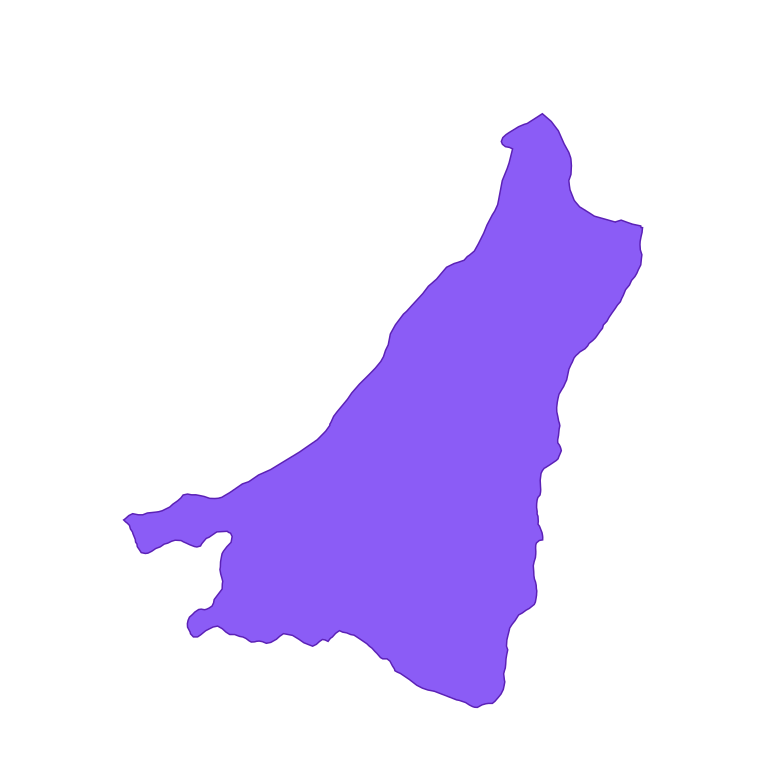 the district of Al Wasta, Bani Suwayf, Egypt, rotated 12°
{"feature_id": "37247803B53497462847633", "entity_name": "Al Wasta", "entity_type": "district", "adm_level": 2, "iso_a3": "EGY", "parent_name": "Egypt", "parent_adm1": "Bani Suwayf", "projection": "orthographic", "projection_center": [31.157, 29.324], "detail": "fine", "context": "isolated", "style": "filled", "palette": "violet", "viewbox_px": 768, "rotation_deg": 12, "n_neighbors": 0, "source": "geoboundaries", "source_scale": "gbopen_adm2", "svg_char_len": 5615}
<svg xmlns="http://www.w3.org/2000/svg" viewBox="0 0 768 768"><g transform="rotate(12 384 384)"><path d="M602.3,176.0L593.1,176.0L593.1,175.9L588.9,175.4L581.9,174.4L576.5,177.4L576.5,177.5L564.3,176.7L556.4,176.2L555.1,176.1L554.9,176.1L550.2,174.3L540.1,170.6L538.6,170.1L533.0,165.8L531.7,164.6L525.6,155.4L524.1,151.4L522.5,146.6L523.3,140.1L522.1,132.6L522.0,131.7L520.1,125.2L519.5,123.8L516.6,119.0L515.9,118.2L510.2,111.6L501.9,100.1L493.0,92.4L482.7,86.7L469.9,99.4L468.8,100.0L467.1,100.9L462.1,104.4L453.9,112.2L451.5,114.7L449.0,118.2L448.3,122.4L450.0,124.9L453.4,126.6L457.6,126.5L460.9,127.3L460.4,141.7L459.7,147.6L457.4,160.4L457.5,165.5L457.8,178.2L457.9,184.9L456.4,191.7L454.8,196.0L451.7,207.1L450.2,215.6L449.2,219.4L447.1,227.5L444.7,235.2L440.7,240.3L439.0,242.0L436.6,246.3L430.8,249.8L427.5,251.6L420.9,256.8L416.8,264.4L413.6,270.5L407.1,279.1L403.1,287.6L395.0,301.3L391.0,308.2L388.5,311.6L382.9,323.6L380.3,332.0L379.8,333.8L380.0,344.8L378.5,350.7L377.8,357.5L377.3,359.0L376.2,362.6L372.2,370.3L367.3,378.1L360.0,389.2L357.8,393.2L354.3,399.5L351.7,405.9L351.1,407.2L343.9,420.9L341.5,426.0L340.0,432.8L339.4,434.5L339.6,435.8L336.8,442.2L330.3,452.4L319.7,463.6L315.6,468.0L300.0,482.7L290.9,491.3L280.2,499.1L276.7,502.8L272.0,507.7L266.2,511.2L262.9,514.7L255.6,522.4L251.1,526.5L249.0,528.5L245.7,530.2L242.3,531.2L237.3,532.1L231.5,531.4L227.3,531.4L223.1,531.5L218.9,532.4L214.7,532.5L210.6,534.3L209.0,537.7L206.5,541.1L202.4,545.5L200.0,548.9L196.7,551.5L193.4,554.1L190.1,555.8L187.6,556.7L179.3,559.4L175.2,562.1L171.0,563.0L165.1,563.1L161.8,565.7L158.6,570.0L157.6,571.1L160.1,572.7L161.8,573.5L164.4,575.2L166.1,578.5L168.7,581.0L169.6,582.7L171.3,585.2L173.0,587.7L173.9,590.3L175.6,591.9L176.5,594.4L179.1,596.9L180.8,598.6L181.6,599.4L183.3,599.4L185.8,599.4L188.3,598.5L191.6,595.9L194.9,592.4L199.0,589.8L202.3,586.3L205.6,584.6L208.9,582.0L212.2,580.2L218.1,579.3L220.6,580.1L224.0,580.8L227.3,581.6L232.4,582.4L234.9,582.3L238.2,580.6L239.0,578.0L242.2,572.0L244.7,570.3L246.3,568.6L249.6,565.1L251.3,563.4L254.6,562.5L257.9,561.6L261.2,560.7L262.9,561.5L264.9,561.8L267.2,564.8L267.2,566.5L267.3,569.0L267.3,570.7L265.7,573.3L264.1,575.9L262.5,579.3L261.7,581.0L260.9,583.6L260.9,586.1L261.0,589.5L261.1,592.0L262.0,597.1L262.1,599.6L263.8,603.8L264.7,605.5L265.6,607.2L267.3,610.6L267.4,613.1L268.3,618.2L266.7,621.6L264.3,626.7L262.7,630.1L262.8,633.5L262.0,636.9L259.5,639.5L257.1,641.3L255.4,642.1L252.9,642.2L252.1,642.2L249.6,643.1L246.3,646.5L244.7,649.1L242.2,652.5L241.5,655.9L241.5,657.2L241.5,659.3L242.4,662.7L245.9,666.9L246.7,668.6L250.1,671.0L254.3,670.1L256.8,667.5L260.9,662.4L264.1,659.8L267.4,657.2L271.6,655.4L276.7,657.0L280.9,659.5L285.1,661.1L286.6,660.8L290.1,660.1L291.9,660.4L295.2,660.9L298.5,660.8L301.9,661.6L305.3,663.2L307.8,664.0L311.1,663.1L312.8,662.2L315.3,661.4L318.6,661.3L322.8,662.1L327.0,660.3L331.9,656.0L334.4,652.5L337.6,649.1L341.0,649.0L346.8,648.9L353.6,651.3L359.5,653.8L361.5,654.1L363.7,654.5L368.7,655.3L372.0,652.7L374.5,649.2L376.9,646.7L379.5,646.6L382.8,647.4L384.4,644.0L385.2,643.1L386.1,642.2L388.5,638.0L390.1,636.2L391.8,634.5L395.1,635.3L399.3,635.2L403.5,636.0L406.9,635.9L411.1,637.5L415.3,639.2L421.2,641.6L424.2,643.5L427.2,644.9L430.6,647.4L433.1,649.0L437.4,652.3L439.9,653.1L444.1,652.2L447.4,653.8L450.9,658.0L453.4,660.5L454.3,662.2L456.8,663.0L460.2,663.7L464.4,665.4L470.3,667.8L477.1,671.1L478.8,671.9L484.7,673.5L490.6,674.2L494.8,674.1L497.3,674.1L520.8,677.9L523.3,677.8L530.0,678.6L534.2,680.2L536.8,680.9L537.6,681.1L539.2,681.3L540.1,681.3L542.6,680.9L546.7,677.4L550.1,675.6L552.6,674.7L556.4,673.9L558.5,671.3L560.9,666.9L562.9,663.0L564.2,658.0L564.2,653.8L564.1,650.2L563.3,648.5L562.6,646.4L561.3,642.6L561.4,640.3L561.4,639.8L561.4,639.6L561.7,636.6L561.3,632.8L560.6,628.3L560.6,628.0L560.5,627.7L560.3,623.0L560.3,618.3L558.3,615.0L557.4,608.9L557.5,604.7L557.7,599.1L557.7,596.6L559.3,592.4L561.4,588.2L563.7,581.9L566.8,579.3L570.1,575.6L572.8,573.3L576.8,568.4L577.4,565.8L577.3,562.3L577.1,558.7L576.9,557.7L576.5,554.7L575.5,552.3L575.5,552.0L575.4,551.8L574.7,549.2L573.4,546.2L571.7,543.5L570.7,540.9L570.4,540.1L569.5,536.5L567.8,530.7L567.8,526.7L568.2,522.3L567.8,518.8L567.3,516.2L566.4,512.9L565.9,509.8L566.2,507.7L568.4,504.8L570.8,503.8L571.6,503.5L571.1,500.8L570.5,499.0L569.5,496.6L567.6,493.7L565.6,490.7L563.8,489.1L563.5,486.4L562.1,481.3L560.8,479.4L560.3,476.8L558.9,473.0L558.2,469.3L557.9,465.6L558.1,463.0L559.7,460.1L559.6,457.1L559.3,455.0L558.5,452.1L557.6,448.7L556.8,445.7L556.2,438.8L556.9,435.9L558.2,433.1L559.6,432.0L559.6,431.9L563.0,428.6L565.9,425.6L568.4,423.0L569.8,421.0L570.1,418.8L570.8,415.3L571.3,412.4L570.6,410.8L570.3,410.2L570.2,410.0L570.1,409.9L569.6,409.0L568.3,407.3L566.2,405.4L565.5,402.6L565.4,398.1L564.7,391.7L564.7,388.3L563.7,385.9L562.5,383.9L560.8,379.7L558.8,375.3L557.8,371.2L557.3,366.0L557.2,362.2L557.3,357.7L559.0,352.5L560.2,349.2L560.3,348.9L560.3,348.7L560.9,345.9L561.8,342.0L561.8,336.0L561.8,331.0L562.9,326.0L563.6,323.6L564.5,318.9L565.9,316.2L567.6,313.9L568.9,311.9L571.1,309.8L573.3,307.7L575.3,304.3L576.1,301.7L579.1,298.1L580.9,295.4L581.4,294.5L584.5,287.3L586.1,284.2L586.3,280.6L589.0,276.3L590.3,271.9L592.3,267.0L593.4,264.5L594.4,262.2L595.9,258.3L598.1,254.4L598.7,251.0L599.6,247.6L600.7,241.5L603.5,236.2L604.6,231.2L607.1,226.7L608.3,223.1L609.0,219.4L610.4,214.1L609.7,207.7L609.4,204.0L606.8,199.4L605.4,194.4L604.9,191.2L604.8,186.3L604.9,181.9L604.7,180.5L604.6,179.3L604.5,178.5L604.4,177.3L602.9,177.5L602.3,176.0Z" fill="#8b5cf6" stroke="#5b21b6" stroke-width="1.5"/></g></svg>